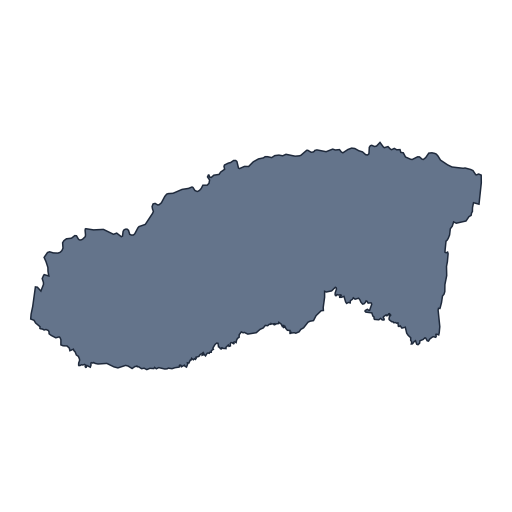 Crnel. Marcelino Maridueña, Guayas, Ecuador
{"feature_id": "8360857B68184402536651", "entity_name": "Crnel. Marcelino Maridueña", "entity_type": "district", "adm_level": 2, "iso_a3": "ECU", "parent_name": "Ecuador", "parent_adm1": "Guayas", "projection": "natural_earth1", "projection_center": [-79.381, -2.239], "detail": "fine", "context": "isolated", "style": "filled", "palette": "slate", "viewbox_px": 512, "rotation_deg": 0, "n_neighbors": 0, "source": "geoboundaries", "source_scale": "gbopen_adm2", "svg_char_len": 6045}
<svg xmlns="http://www.w3.org/2000/svg" viewBox="0 0 512 512"><path d="M417.6,156.8L412.2,159.5L410.7,159.3L405.5,157.0L403.3,152.8L400.8,152.4L400.0,149.6L396.7,149.8L394.3,148.4L391.6,149.7L390.4,149.1L388.0,146.6L384.3,147.7L383.2,146.8L380.0,142.4L376.5,146.1L374.5,146.5L371.7,145.3L370.4,145.7L369.3,147.3L369.0,153.2L368.7,154.1L367.5,155.0L365.7,154.7L362.5,151.9L358.7,150.7L354.8,148.5L351.6,148.1L347.9,149.5L342.9,152.8L341.3,152.0L339.5,149.6L335.3,150.0L332.7,149.1L326.1,151.7L316.9,149.9L314.7,150.5L314.4,151.2L313.2,152.0L311.2,152.3L307.8,150.3L306.7,150.3L300.9,155.3L299.5,155.8L295.2,156.2L286.0,154.3L282.7,155.8L278.9,155.1L274.8,155.6L271.7,157.6L267.6,156.7L265.1,156.7L263.4,157.9L258.5,158.9L253.3,161.8L248.6,166.5L244.5,166.4L239.5,168.6L238.5,168.1L236.9,161.5L235.7,160.5L233.6,160.5L230.7,162.5L228.3,163.1L224.5,165.0L224.0,166.3L224.6,169.3L220.6,172.1L219.1,174.4L213.8,175.2L211.2,177.5L209.7,177.1L208.9,175.0L208.4,175.0L207.5,176.9L209.6,180.0L209.0,183.3L207.2,185.2L202.9,185.2L201.2,188.5L199.6,190.3L198.3,191.1L197.2,191.5L194.9,190.5L193.0,187.5L192.0,187.0L188.5,188.4L182.1,189.4L173.0,193.3L168.3,193.6L166.7,194.1L164.8,196.4L161.4,202.8L159.0,204.8L157.6,204.9L155.1,203.4L153.1,203.9L152.1,206.5L152.5,209.0L153.4,211.4L152.6,213.3L145.3,224.4L139.0,226.6L138.0,227.7L134.7,233.9L133.4,235.0L131.5,235.1L129.7,234.3L128.5,230.3L127.0,229.1L125.4,229.2L124.0,229.9L123.1,231.4L122.5,236.1L121.3,236.7L116.7,233.1L113.5,234.3L103.4,229.4L93.6,229.9L85.8,228.7L85.3,229.0L85.1,230.5L85.5,234.9L85.3,236.6L82.5,239.3L80.7,240.0L79.4,239.9L78.4,239.1L76.5,235.8L74.8,235.6L71.5,238.2L66.4,238.8L63.9,240.7L62.6,242.8L63.0,248.1L61.9,250.6L60.2,252.3L57.9,253.1L53.3,252.9L49.6,251.8L47.5,252.5L44.1,257.4L46.0,261.6L47.9,267.5L48.0,271.4L48.8,276.0L44.2,274.6L43.6,275.4L42.2,278.6L43.4,282.3L43.5,284.3L40.9,291.1L37.4,287.2L35.4,286.9L32.7,306.5L31.1,314.1L30.7,319.0L34.0,320.3L35.6,323.0L40.0,326.7L39.9,328.4L40.3,328.7L42.6,329.1L44.1,330.0L46.0,329.5L48.3,330.5L49.0,331.7L49.1,333.8L51.2,335.4L55.8,337.8L59.1,336.9L59.9,337.4L60.9,339.6L60.9,344.9L63.1,345.8L66.9,345.9L69.3,348.1L69.9,350.7L73.4,349.2L73.9,350.6L75.2,352.0L76.3,354.9L78.4,356.4L79.5,359.1L79.6,360.4L78.7,363.0L78.6,365.1L78.9,365.6L80.0,365.5L81.6,364.7L82.7,365.0L84.6,364.4L85.4,365.0L85.2,366.7L85.7,367.4L86.2,367.3L86.9,365.5L90.3,367.2L91.0,365.1L90.9,363.1L91.8,362.6L92.9,363.1L93.7,362.5L95.1,363.4L98.0,364.0L106.8,363.4L114.0,366.9L117.9,367.9L125.6,365.4L128.0,366.0L132.1,368.5L135.1,366.4L136.1,366.5L136.9,366.0L137.5,366.8L138.7,366.8L141.6,368.7L144.1,368.2L146.8,369.6L149.9,368.3L153.8,368.6L154.6,367.4L156.3,368.8L158.8,367.6L164.8,369.0L167.2,368.8L168.3,368.1L172.0,368.7L175.0,367.7L179.1,367.1L179.6,366.5L179.4,365.5L180.0,365.0L181.0,365.4L181.4,366.8L184.4,365.2L185.0,366.3L186.5,367.1L187.6,364.3L187.4,362.8L188.8,363.1L190.3,360.1L191.0,360.1L191.6,358.3L193.3,359.8L194.5,358.7L195.4,359.4L196.2,358.3L195.9,357.3L198.9,356.4L200.3,354.4L201.7,353.9L203.2,352.5L203.7,353.3L202.5,355.1L204.3,354.6L205.5,355.9L207.1,353.3L208.1,353.0L209.2,353.3L209.7,352.3L211.3,352.2L211.4,350.6L213.4,349.3L212.9,348.5L213.2,347.5L215.1,344.4L216.7,343.1L218.0,343.3L218.5,346.9L219.4,347.2L220.5,348.8L221.4,348.9L221.6,347.9L222.0,347.7L223.0,348.4L226.0,348.6L225.9,347.4L228.3,345.0L229.0,346.4L230.4,345.9L230.3,343.5L231.0,342.6L231.7,342.6L233.7,343.8L234.0,343.6L233.4,342.5L233.8,342.2L234.8,341.9L236.1,342.6L236.6,340.1L237.5,338.4L239.1,337.3L239.2,334.7L241.3,331.9L243.1,332.8L244.3,332.4L247.8,334.1L256.3,332.7L260.0,329.4L263.3,327.9L265.3,325.4L267.7,325.7L269.2,324.3L270.6,324.3L271.0,323.5L271.6,324.0L274.4,323.7L274.0,324.6L274.6,324.8L276.4,323.8L278.5,323.6L278.8,322.3L281.1,324.0L282.3,326.4L282.9,325.4L283.7,325.5L283.7,327.5L284.1,327.4L284.3,326.3L284.8,326.2L285.9,328.6L287.4,330.3L290.0,330.5L290.0,333.4L290.6,333.4L291.2,332.5L291.6,333.0L294.2,332.7L295.8,333.2L299.1,331.8L300.8,329.4L303.6,327.8L308.0,322.2L310.1,321.2L313.5,320.6L316.1,315.6L321.2,310.7L323.4,310.5L323.2,307.5L324.6,297.3L324.6,291.3L326.3,292.0L331.6,290.9L335.3,287.3L336.1,287.7L336.5,289.0L335.2,292.8L335.1,294.6L335.5,295.6L336.1,295.7L337.0,294.5L338.1,295.0L340.8,294.8L341.2,295.4L339.6,296.6L339.7,297.3L341.3,297.3L344.0,296.4L345.6,301.9L346.6,303.4L348.4,302.4L350.2,302.9L350.4,300.7L352.5,299.2L353.3,297.8L355.1,299.2L358.6,298.2L359.9,299.8L360.8,302.0L362.6,304.1L364.0,303.8L365.4,302.4L366.1,300.9L367.2,301.4L368.1,303.1L370.6,302.8L371.4,303.1L371.7,304.4L369.6,310.3L368.9,310.4L367.4,309.3L365.2,310.5L365.0,311.2L365.8,312.1L371.8,312.9L372.9,316.1L374.0,317.0L374.1,318.8L374.5,319.4L378.8,319.8L380.6,318.4L382.2,319.9L383.9,320.0L384.2,319.2L383.3,317.4L383.5,316.7L386.1,314.9L386.9,315.8L387.9,314.7L389.4,315.2L388.9,313.7L389.4,313.6L390.7,315.1L389.4,316.7L389.0,319.0L389.4,319.9L391.7,321.7L393.0,321.8L393.7,322.7L395.7,322.6L396.7,323.2L397.9,322.9L398.4,326.3L399.0,326.5L400.2,325.8L401.9,328.1L405.3,327.2L406.7,333.2L408.2,335.4L410.7,337.7L410.7,340.3L411.7,341.9L411.3,344.0L412.5,343.8L414.2,341.6L415.5,340.7L416.7,344.2L418.0,344.7L419.6,343.2L419.9,340.8L423.1,339.5L425.0,337.8L425.7,338.1L427.2,340.8L428.5,341.1L429.8,339.0L432.6,336.9L433.5,336.7L435.7,337.3L436.2,336.3L435.9,334.4L436.9,334.2L438.7,334.9L439.2,332.9L439.8,326.7L438.1,310.1L438.5,308.3L439.9,308.5L440.1,308.0L441.5,302.6L442.5,296.0L444.0,294.2L444.8,291.6L444.9,284.6L446.7,275.6L446.5,266.4L447.4,261.7L448.1,253.7L447.6,252.1L446.1,252.8L444.9,252.1L446.0,241.2L447.3,240.0L448.4,238.0L449.6,234.9L450.3,228.8L452.3,226.1L453.6,221.9L456.3,223.2L466.0,221.0L469.0,216.6L471.1,215.4L471.6,212.8L472.4,211.6L472.5,207.7L473.5,202.7L479.0,204.2L481.3,182.8L481.2,175.1L478.6,174.0L476.5,174.9L475.7,174.7L473.0,170.6L470.7,169.5L465.1,168.0L463.2,168.3L452.0,167.0L447.5,164.8L440.5,160.1L437.9,155.9L436.3,154.1L434.7,153.4L431.9,152.8L428.8,153.1L425.7,157.6L423.3,159.5L422.1,159.2L419.5,156.9L417.6,156.8Z" fill="#64748b" stroke="#1e293b" stroke-width="1.5"/></svg>